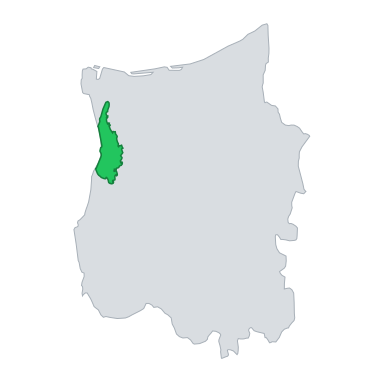 Comoe on a map of Ivory Coast (Equal Earth projection), rotated 179°
{"feature_id": "CIV-3460", "entity_name": "Comoe", "entity_type": "Department", "adm_level": 1, "iso_a3": "CIV", "parent_name": "Ivory Coast", "parent_adm1": "", "projection": "equal_earth", "projection_center": [-3.5, 6.565], "detail": "fine", "context": "in_parent", "style": "filled", "palette": "green", "viewbox_px": 384, "rotation_deg": 179, "n_neighbors": 0, "source": "natural_earth", "source_scale": "10m", "svg_char_len": 6265}
<svg xmlns="http://www.w3.org/2000/svg" viewBox="0 0 384 384"><g transform="rotate(179 192 192)"><path d="M97.9,54.4L99.1,54.3L102.1,53.2L104.8,50.5L107.3,45.0L110.8,40.6L114.6,40.9L115.8,40.1L117.1,39.9L118.7,42.8L120.3,45.1L121.5,45.1L122.3,49.3L129.3,51.1L132.3,52.2L134.8,55.3L135.7,55.4L136.8,54.7L137.6,53.7L137.8,52.5L136.7,49.7L137.2,47.2L138.3,45.0L140.1,44.9L142.8,44.2L146.0,44.2L148.3,44.6L149.2,42.4L148.4,36.1L148.6,32.7L149.0,29.8L149.8,28.6L153.3,32.3L156.5,33.6L158.8,33.7L159.4,33.0L158.4,29.0L158.7,27.8L159.5,27.1L161.0,26.7L165.1,25.1L165.5,25.4L166.2,31.7L165.9,33.7L166.7,38.0L167.8,42.0L167.7,43.6L166.8,46.0L165.8,48.3L165.9,49.2L167.5,50.8L170.6,52.3L173.8,52.7L175.6,50.4L177.4,48.5L178.7,46.8L179.2,44.4L181.2,42.5L187.0,40.3L192.4,39.9L193.6,40.6L196.0,44.1L199.1,46.5L203.7,46.2L207.1,47.6L210.0,50.3L212.0,56.2L214.1,60.4L215.0,66.5L218.4,69.7L221.1,71.2L224.7,75.6L228.4,77.8L232.2,77.3L234.0,79.6L236.9,81.3L239.8,81.4L242.3,76.3L245.6,74.3L254.1,70.2L257.4,68.4L260.8,67.2L268.9,66.8L276.5,68.1L280.2,69.0L282.8,68.3L285.2,70.7L287.7,75.8L289.8,77.4L291.9,79.2L293.5,83.2L295.3,87.2L296.3,88.9L298.6,92.9L300.5,92.9L302.5,91.2L303.3,90.0L303.7,92.6L302.9,96.8L303.1,99.4L304.1,100.4L303.5,103.7L301.3,109.4L301.3,112.8L303.5,113.8L305.1,117.4L306.1,123.5L307.0,125.6L307.1,126.8L308.7,141.7L310.7,156.5L309.5,158.5L307.7,159.0L306.6,159.7L306.3,161.1L307.0,163.2L306.5,165.0L304.4,166.3L299.7,171.0L299.4,172.9L298.1,176.9L297.1,179.4L295.5,184.0L293.1,196.0L292.2,206.0L292.1,209.1L291.1,211.3L290.1,214.4L285.0,223.0L282.4,230.0L282.7,233.0L282.8,236.1L282.0,238.3L282.2,244.2L282.8,249.2L283.7,254.0L287.4,267.8L289.4,276.2L290.6,282.9L291.6,287.5L292.6,289.3L293.0,291.1L298.5,292.3L299.6,293.3L301.1,302.1L300.8,306.1L299.8,307.6L299.8,311.0L299.5,315.1L298.8,316.8L295.7,317.0L293.6,318.6L290.8,318.0L290.6,316.9L289.1,316.5L285.0,314.2L285.7,306.5L283.8,306.2L282.3,307.2L279.4,316.4L278.0,318.0L257.6,313.2L253.2,309.4L247.9,308.6L238.6,309.0L231.0,310.1L228.8,312.4L248.1,311.1L250.2,311.3L251.1,312.7L226.8,315.8L217.5,317.6L214.7,317.1L212.7,314.1L202.6,313.8L200.5,314.7L199.2,316.9L203.2,316.4L209.5,316.3L211.2,318.0L191.5,320.1L177.9,324.3L172.2,327.3L153.2,337.3L141.6,342.1L138.5,343.8L133.3,348.7L126.5,351.8L118.9,357.6L114.2,358.9L113.2,357.1L113.1,347.3L112.5,334.2L112.7,329.2L113.4,324.5L113.4,320.6L115.7,319.1L116.3,317.5L116.7,312.4L118.8,307.8L118.9,299.7L119.5,298.0L120.0,295.9L119.1,290.6L118.0,280.6L117.4,280.0L116.8,280.4L115.6,280.6L110.9,277.2L107.2,276.6L104.6,273.6L104.5,270.3L103.2,268.3L102.4,264.4L101.1,260.0L97.5,257.3L94.1,256.7L91.7,257.2L88.8,257.1L85.6,255.6L83.3,253.9L81.2,250.6L79.3,248.1L77.7,248.4L75.8,247.8L73.9,246.6L73.3,245.7L81.2,235.3L83.9,230.3L84.2,227.2L84.2,224.1L85.1,220.9L85.3,216.0L81.0,198.3L80.0,192.8L78.8,191.2L78.1,190.6L80.3,188.3L83.3,188.9L88.0,190.7L89.0,188.9L92.5,180.0L92.5,176.7L92.1,174.4L94.2,168.3L95.8,165.9L96.7,163.3L96.4,159.9L95.2,158.6L93.6,158.8L91.6,158.0L88.7,156.0L87.2,154.2L87.7,146.1L88.0,143.6L89.0,142.2L90.7,141.8L95.3,141.5L99.0,142.5L102.3,143.0L104.0,143.0L105.4,145.4L107.3,147.8L109.0,147.8L109.5,146.0L109.2,138.0L108.1,133.8L105.6,129.7L99.1,126.3L99.0,121.4L99.7,116.2L101.1,114.2L105.9,110.9L105.1,109.1L103.6,107.2L100.5,105.3L101.2,99.0L101.4,93.4L98.8,94.0L96.2,94.3L93.9,92.6L92.1,89.2L91.8,79.9L91.8,69.0L91.5,64.3L92.2,61.7L94.5,59.4L97.0,56.3L97.9,54.4ZM288.2,318.1L287.1,320.2L282.0,318.8L283.2,317.1L288.2,318.1Z" fill="#d9dde1" stroke="#a8b0b8" stroke-width="1"/><path d="M287.8,217.0L287.7,217.0L287.3,217.4L282.8,227.8L282.1,229.8L282.1,231.7L282.2,232.2L282.7,233.0L283.3,234.4L283.3,234.8L282.6,237.6L282.4,238.0L281.6,238.5L281.4,239.1L281.3,239.9L284.4,258.5L284.9,259.2L283.3,263.0L282.9,264.3L282.9,264.6L283.1,265.7L283.1,266.3L283.0,266.8L283.0,267.1L282.8,267.4L282.6,267.7L282.2,268.2L281.8,269.0L279.5,276.6L276.7,282.8L276.5,283.0L276.4,283.2L276.2,283.3L274.6,283.9L274.1,283.4L273.7,283.0L273.4,282.5L273.3,281.2L273.3,280.8L273.4,279.8L273.5,278.9L274.8,275.6L274.9,275.0L274.9,274.3L275.0,273.8L275.4,273.6L275.8,273.5L276.1,273.3L276.6,272.2L276.5,271.2L276.1,270.3L275.5,269.8L275.5,269.6L275.7,269.0L275.8,268.8L275.1,269.0L274.9,269.1L275.0,268.1L275.5,267.5L276.0,267.1L276.3,266.4L276.1,263.8L275.8,263.4L275.2,261.5L274.7,261.2L274.2,261.5L274.0,262.4L273.6,262.3L273.7,262.1L273.5,261.5L273.2,261.0L273.0,260.8L272.8,260.4L272.7,260.0L272.9,259.8L273.7,259.7L273.8,259.4L273.5,258.9L272.9,256.8L272.0,255.0L270.4,252.6L269.9,253.8L269.3,253.8L268.6,253.5L267.7,253.6L267.3,251.1L267.1,250.9L266.3,249.9L266.1,249.5L266.1,249.4L266.0,249.2L265.9,248.9L265.8,248.5L265.9,248.3L266.1,248.0L266.3,247.7L266.4,247.4L266.2,245.0L266.0,244.5L265.8,244.1L265.7,243.3L265.6,242.9L265.4,242.6L265.0,242.1L264.8,241.8L264.8,241.1L265.1,239.6L265.0,238.9L264.6,238.5L264.3,238.8L263.7,239.6L262.7,239.6L262.1,239.8L261.6,240.0L261.4,239.4L261.3,239.1L261.1,238.4L260.8,237.7L260.3,237.1L261.5,236.4L261.5,235.3L260.5,232.5L262.2,230.3L262.3,229.9L262.7,229.6L262.3,228.8L261.7,228.1L261.4,227.8L261.5,226.9L261.9,226.0L262.4,225.2L262.8,224.9L263.1,224.5L263.0,223.5L262.7,222.5L262.1,222.0L261.9,223.2L261.5,223.2L261.1,222.3L261.4,221.0L262.3,219.9L263.7,219.5L264.2,219.0L264.5,218.3L264.9,217.8L265.6,217.4L266.8,217.2L267.3,216.7L267.4,215.6L268.8,216.2L269.3,216.1L269.1,215.2L269.3,215.1L269.5,214.9L269.6,214.7L269.6,214.3L269.4,214.0L269.1,214.1L268.8,214.3L268.8,214.5L267.7,214.2L267.3,214.0L266.9,213.4L266.8,212.9L266.4,211.2L266.4,210.5L266.7,209.8L267.2,209.5L267.6,209.7L267.7,210.5L268.2,210.3L268.4,210.1L268.6,209.8L268.8,209.1L269.0,208.4L268.9,207.9L268.8,207.3L268.8,205.8L268.9,205.5L269.9,205.2L270.7,205.1L271.0,204.9L271.2,204.1L271.0,203.9L271.0,203.7L270.7,203.9L270.4,204.1L270.3,202.9L270.7,202.1L271.9,201.6L272.1,201.6L272.3,201.6L272.9,201.9L273.1,201.8L273.5,202.1L273.8,202.0L274.0,202.1L274.3,202.3L274.8,202.6L275.0,202.9L275.2,203.2L275.7,205.8L275.8,206.0L275.9,206.3L276.1,206.5L276.5,207.0L277.1,208.0L277.3,208.1L277.5,208.1L277.7,207.9L277.9,207.5L278.2,206.8L278.7,206.8L279.6,206.9L282.4,208.1L282.8,208.5L283.7,209.4L285.0,210.4L285.6,211.2L286.1,211.9L287.7,216.0L287.8,217.0L287.8,217.0Z" fill="#22c55e" stroke="#15803d" stroke-width="1.5"/></g></svg>